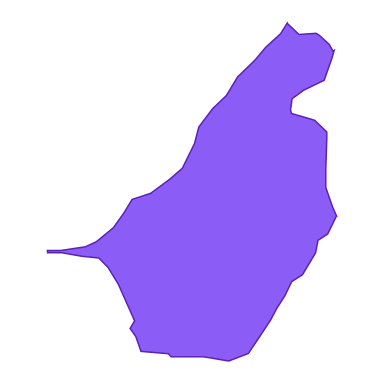 outline of Prastio Pafou, Paphos, Cyprus
{"feature_id": "46923920B40507921688401", "entity_name": "Prastio Pafou", "entity_type": "district", "adm_level": 2, "iso_a3": "CYP", "parent_name": "Cyprus", "parent_adm1": "Paphos", "projection": "orthographic", "projection_center": [32.693, 34.785], "detail": "fine", "context": "isolated", "style": "filled", "palette": "violet", "viewbox_px": 384, "rotation_deg": 0, "n_neighbors": 0, "source": "geoboundaries", "source_scale": "gbopen_adm2", "svg_char_len": 897}
<svg xmlns="http://www.w3.org/2000/svg" viewBox="0 0 384 384"><path d="M287.3,23.0L280.7,33.6L265.8,47.2L254.7,60.4L237.6,76.9L226.4,95.5L212.6,108.7L198.8,127.0L194.5,143.6L182.3,168.3L169.5,179.4L150.7,193.3L132.1,199.4L123.7,213.3L113.3,227.8L96.4,241.7L85.3,246.8L60.4,250.5L47.4,250.5L47.6,252.8L48.4,252.7L61.5,252.7L81.9,256.3L98.8,258.0L108.2,267.6L118.3,284.2L134.6,320.8L130.1,328.5L135.8,336.6L141.0,351.4L168.3,353.7L171.2,356.8L203.6,356.8L228.7,361.0L248.3,353.5L258.3,338.7L270.5,320.2L277.0,308.0L284.7,296.1L291.8,281.5L302.5,274.7L315.6,252.8L318.0,240.3L327.7,234.0L336.4,216.1L336.6,216.1L332.6,207.0L325.8,187.5L325.8,169.5L326.8,138.3L326.8,132.0L314.7,120.3L291.6,113.5L290.5,110.3L292.1,98.7L303.7,90.2L324.2,80.2L331.5,59.5L334.2,50.4L333.0,51.1L329.3,44.5L319.4,35.4L316.1,33.3L299.0,34.5L287.7,23.8L287.3,23.0Z" fill="#8b5cf6" stroke="#5b21b6" stroke-width="1.5"/></svg>